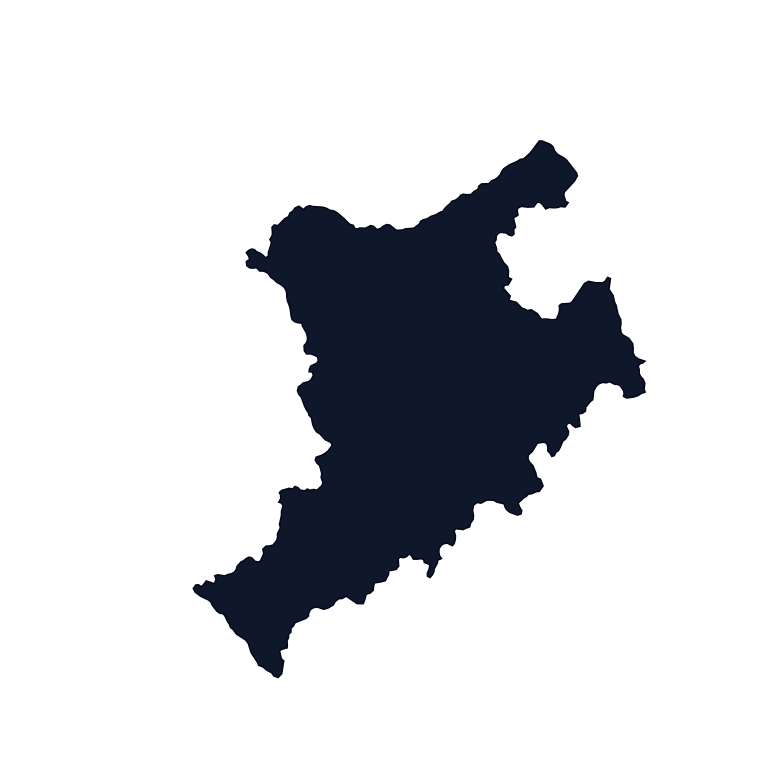 the district of Jucuruçu, Bahia, Brazil, rotated 135°
{"feature_id": "56859067B84461120097776", "entity_name": "Jucuruçu", "entity_type": "district", "adm_level": 2, "iso_a3": "BRA", "parent_name": "Brazil", "parent_adm1": "Bahia", "projection": "albers", "projection_center": [-40.091, -16.878], "detail": "fine", "context": "isolated", "style": "filled", "palette": "ink", "viewbox_px": 768, "rotation_deg": 135, "n_neighbors": 0, "source": "geoboundaries", "source_scale": "gbopen_adm2", "svg_char_len": 6164}
<svg xmlns="http://www.w3.org/2000/svg" viewBox="0 0 768 768"><g transform="rotate(135 384 384)"><path d="M183.3,215.6L186.5,222.0L187.1,226.3L185.8,230.0L182.5,233.1L179.7,236.6L178.6,243.3L180.4,249.6L180.1,252.4L177.2,256.6L174.1,258.8L171.2,261.8L169.1,268.0L164.2,275.6L163.2,278.6L159.5,284.5L157.9,291.9L149.3,298.4L150.5,301.3L154.9,300.3L157.7,300.9L162.6,305.8L166.8,312.0L171.1,313.3L192.6,309.1L195.6,309.6L201.7,315.0L204.6,315.6L207.2,312.5L211.3,309.7L213.8,309.1L215.9,307.7L219.5,310.3L223.2,315.1L226.9,318.6L225.8,325.2L227.3,332.3L230.8,334.7L231.4,337.3L232.9,340.1L232.6,348.0L236.4,354.8L232.5,357.0L231.9,367.1L229.3,368.7L226.0,366.3L219.6,368.0L220.8,371.5L216.1,375.8L213.8,379.5L213.5,385.5L210.6,394.8L210.9,397.6L208.5,400.4L205.7,406.1L202.8,406.7L200.1,409.2L197.2,409.7L194.4,408.9L190.9,404.6L190.2,400.7L188.8,398.4L186.0,398.1L183.0,401.6L180.0,401.9L175.0,409.9L169.9,408.6L167.3,412.3L165.2,413.7L161.3,412.5L157.4,407.5L152.9,403.4L147.1,404.2L145.1,401.6L145.1,398.8L145.9,393.4L142.4,392.0L139.6,388.8L136.5,386.0L133.6,384.6L130.8,381.2L125.5,382.0L126.4,384.7L123.3,390.4L120.8,392.2L105.8,392.8L100.2,394.4L98.6,397.0L96.5,413.4L97.0,417.1L98.9,423.6L98.5,428.1L96.7,432.4L96.9,435.8L100.3,444.0L102.4,446.1L116.9,444.0L125.8,444.4L128.9,446.5L132.7,447.3L140.0,450.2L147.2,451.6L150.0,451.2L153.5,449.9L157.7,449.6L160.9,450.1L164.3,451.7L168.2,451.5L173.5,456.5L176.9,456.9L179.8,455.3L184.8,456.5L188.5,456.4L191.7,459.4L193.9,462.3L196.4,463.3L199.2,462.8L203.4,463.5L207.0,465.3L209.7,464.8L213.1,465.2L217.1,465.1L220.3,464.5L222.6,465.7L228.0,467.1L232.2,469.3L236.7,470.3L240.3,472.5L242.9,473.1L246.3,472.1L249.7,472.8L252.4,472.9L259.5,478.8L262.0,479.8L266.5,483.8L267.5,492.3L269.4,494.9L272.8,496.1L276.7,496.5L279.8,498.3L279.9,502.9L281.3,505.4L287.1,507.4L290.9,511.5L293.4,512.5L294.6,515.0L293.5,517.8L295.3,521.4L295.3,529.2L296.0,538.0L297.2,542.3L299.2,544.7L300.5,549.1L302.2,552.2L309.2,560.3L310.6,562.9L314.4,564.4L317.5,564.2L318.5,570.0L322.7,571.4L325.9,570.7L329.4,571.4L333.3,569.9L337.2,571.1L347.0,571.0L349.1,574.1L352.4,574.0L356.8,568.9L359.4,567.6L362.5,566.9L363.7,563.4L372.7,558.8L375.2,556.3L378.5,556.8L378.5,560.6L378.9,563.7L380.6,567.9L380.6,570.7L382.1,573.0L384.9,574.1L388.4,574.4L389.4,570.1L390.9,567.0L394.7,568.0L397.4,564.6L396.8,561.0L394.4,558.3L391.9,556.4L392.0,551.8L389.2,548.8L387.7,544.1L388.7,539.6L388.0,536.1L387.8,531.2L386.6,527.1L386.2,523.4L387.0,519.6L388.7,517.0L391.2,514.3L393.7,510.7L395.5,506.4L397.5,503.1L401.6,497.8L403.4,494.6L403.2,491.3L401.2,487.6L399.0,485.4L400.7,482.5L402.9,474.6L404.9,471.4L407.0,469.3L409.6,468.0L413.5,467.6L416.9,463.7L417.5,460.0L414.9,457.6L413.0,453.9L411.8,450.2L413.7,447.2L416.6,446.3L423.0,448.5L426.0,447.4L428.3,445.7L426.3,443.1L427.7,440.2L432.1,438.7L435.7,439.0L440.5,441.9L443.5,441.9L446.5,442.5L449.9,440.5L451.5,437.3L451.8,433.3L455.7,424.8L457.0,421.1L457.7,417.3L459.2,415.0L459.1,411.5L463.1,405.8L464.8,401.6L465.5,397.7L464.6,393.8L465.0,386.3L462.9,380.3L463.9,377.4L470.8,376.2L474.9,376.7L478.5,377.7L483.7,380.2L486.4,378.8L487.4,375.1L487.2,371.8L491.3,364.7L494.6,362.3L497.1,357.2L499.9,356.1L506.5,356.3L508.4,359.3L511.4,361.1L512.5,364.0L515.4,364.4L518.2,368.1L518.2,371.8L519.6,374.7L522.7,374.2L524.8,377.3L531.5,381.1L534.8,381.2L535.8,378.2L538.5,375.8L542.0,374.9L540.8,372.5L541.3,369.4L546.6,366.4L549.4,363.6L557.1,358.7L559.0,355.6L565.3,353.4L568.0,350.6L570.4,349.3L576.4,348.6L579.3,350.3L582.0,352.8L586.5,352.9L588.9,349.2L595.2,346.7L598.0,346.2L600.6,349.7L600.4,354.6L601.9,357.1L605.4,358.1L608.2,358.3L610.9,359.3L616.7,359.0L619.4,357.4L622.8,356.8L626.0,357.7L628.9,359.6L632.2,360.8L636.4,366.6L639.2,368.1L641.0,364.5L645.2,362.7L648.9,370.5L654.0,369.7L656.6,370.0L657.1,373.1L659.1,375.0L663.4,374.3L664.7,370.6L663.7,363.4L660.9,355.5L660.6,352.0L661.9,349.0L662.8,341.6L662.2,337.9L660.1,335.2L660.8,331.2L662.5,327.1L663.3,323.2L664.7,320.4L664.3,317.2L665.2,311.3L662.9,301.3L663.4,296.6L668.0,287.8L670.1,277.3L671.5,273.6L669.7,269.6L669.2,264.2L667.6,259.2L668.3,255.5L666.5,251.3L661.1,251.5L650.7,259.1L650.9,262.3L646.3,269.5L642.9,268.1L639.1,265.9L636.5,268.2L634.3,270.9L631.0,272.1L628.3,274.5L625.3,274.3L622.5,277.0L618.9,277.0L615.8,278.1L604.8,273.5L601.5,273.3L599.3,275.2L595.6,276.5L592.3,275.8L589.0,273.6L585.9,267.3L581.8,265.1L576.1,263.6L572.3,264.7L567.9,264.2L565.1,261.8L560.8,260.7L558.3,247.7L554.1,243.4L551.0,244.6L545.1,247.9L541.5,245.9L537.4,245.8L534.7,248.1L531.4,250.1L526.3,246.4L522.3,244.0L515.5,246.1L512.7,248.5L506.6,244.3L502.4,244.8L497.4,250.5L494.7,249.8L492.9,247.2L490.1,246.0L485.9,245.8L486.2,242.5L487.1,239.4L484.5,236.7L481.1,234.1L480.2,231.5L481.7,229.4L479.3,223.8L483.0,221.2L487.1,219.6L489.2,217.3L488.4,214.6L484.4,214.9L481.3,216.1L479.3,217.7L472.9,219.6L470.4,221.5L466.8,219.9L466.3,222.9L464.4,226.0L461.6,228.6L457.9,229.4L454.9,228.9L451.9,226.9L450.0,221.3L447.3,221.5L443.9,223.4L440.6,226.3L438.5,230.3L435.7,231.1L430.9,225.0L428.3,224.2L424.5,222.4L421.3,224.3L416.5,225.3L413.6,227.8L411.0,231.7L406.6,234.9L402.1,234.5L399.6,231.1L393.5,229.3L388.7,224.4L387.7,220.6L383.8,214.3L385.3,211.7L386.2,208.5L385.8,204.4L382.4,197.0L379.0,195.2L376.1,197.1L375.0,201.4L373.4,204.9L365.8,204.7L363.0,203.9L359.8,204.0L357.1,201.9L352.5,200.2L350.1,198.3L343.6,199.4L340.7,206.0L342.2,209.5L339.3,214.2L336.5,220.9L336.2,226.6L334.6,229.8L332.0,231.7L326.9,231.4L317.4,233.7L311.8,229.6L311.0,226.6L312.9,223.4L315.5,220.9L315.6,217.4L316.6,214.1L314.2,212.9L310.8,214.1L307.8,213.6L304.4,214.5L298.2,217.1L294.3,216.7L290.0,217.7L287.1,219.8L285.2,225.2L282.7,226.2L279.8,225.2L279.9,221.4L279.3,217.9L275.3,215.5L270.4,221.4L267.7,225.3L264.3,223.0L260.9,222.3L257.4,225.0L250.7,225.7L247.5,225.3L240.4,231.0L235.4,232.3L231.8,232.1L228.5,230.7L225.8,227.5L222.9,226.1L221.0,220.5L219.1,218.6L218.3,215.9L219.2,210.0L220.9,207.5L223.4,206.0L222.3,202.4L216.3,198.0L212.9,196.3L208.8,195.4L205.1,193.6L203.8,196.3L199.1,200.1L197.4,203.8L197.3,207.5L196.2,210.9L193.2,213.9L191.7,216.9L188.5,217.2L186.0,215.9L183.3,215.6Z" fill="#0f172a" stroke="#020617" stroke-width="1.5"/></g></svg>